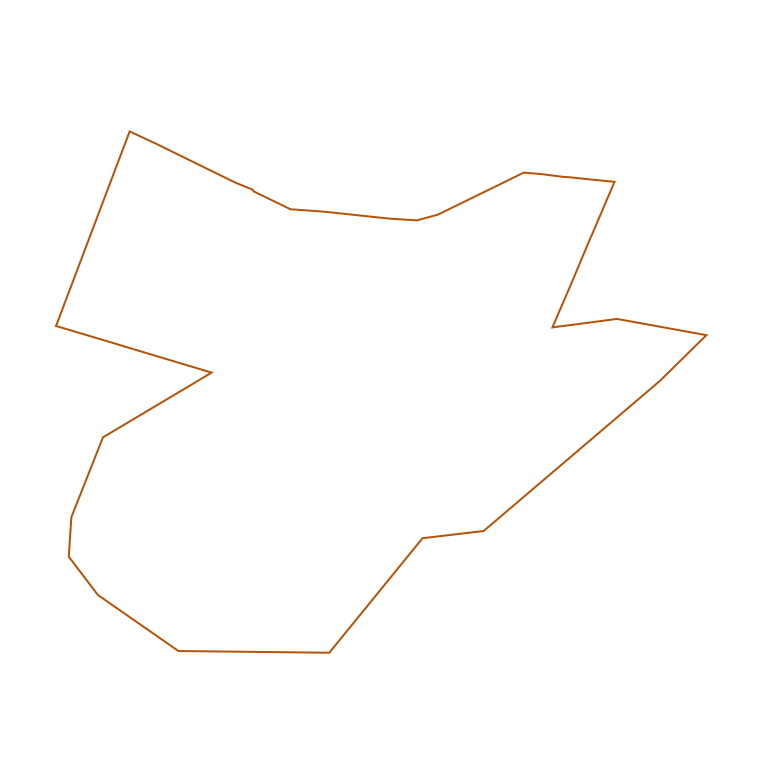 San Martín de los Cansecos, Oaxaca, Mexico, rotated 87°
{"feature_id": "50627088B42113519243267", "entity_name": "San Martín de los Cansecos", "entity_type": "district", "adm_level": 2, "iso_a3": "MEX", "parent_name": "Mexico", "parent_adm1": "Oaxaca", "projection": "robinson", "projection_center": [-96.733, 16.659], "detail": "fine", "context": "isolated", "style": "outline", "palette": "amber", "viewbox_px": 768, "rotation_deg": 87, "n_neighbors": 0, "source": "geoboundaries", "source_scale": "gbopen_adm2", "svg_char_len": 1040}
<svg xmlns="http://www.w3.org/2000/svg" viewBox="0 0 768 768"><g transform="rotate(87 384 384)"><path d="M639.9,603.3L649.5,452.7L540.0,353.6L536.0,292.2L395.5,108.5L352.1,59.5L331.2,147.9L334.8,193.4L335.8,206.9L336.3,212.8L328.8,209.1L326.2,207.9L293.9,191.9L286.0,188.1L275.9,183.2L271.3,181.0L255.6,173.4L239.4,165.4L215.1,153.5L194.2,143.2L190.9,164.9L188.2,181.9L187.4,186.9L186.5,194.4L182.7,215.4L180.2,233.3L193.0,263.3L208.0,298.6L217.7,321.3L222.3,342.6L221.5,349.5L219.4,367.9L217.9,377.7L215.3,394.1L211.9,415.1L208.8,434.8L207.0,449.1L204.6,468.3L202.4,472.2L188.4,497.7L184.8,504.2L183.1,504.9L180.5,510.5L175.0,522.1L167.5,535.6L157.7,553.2L139.1,586.6L132.0,599.3L118.5,624.8L145.4,636.6L151.9,639.5L161.0,643.5L172.0,648.3L189.5,656.0L200.2,660.7L208.6,664.4L218.6,668.8L247.8,681.6L293.2,701.6L294.2,702.0L306.0,707.2L308.9,708.5L316.1,688.3L324.3,665.2L334.4,637.2L352.5,586.7L363.6,555.6L365.6,559.3L422.5,667.4L500.7,703.2L540.0,707.8L579.7,680.8L639.9,603.3Z" fill="none" stroke="#b45309" stroke-width="2"/></g></svg>